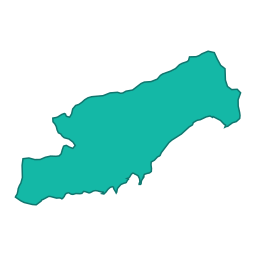 the Province of Mersin
{"feature_id": "TUR-2285", "entity_name": "Mersin", "entity_type": "Province", "adm_level": 1, "iso_a3": "TUR", "parent_name": "Turkey", "parent_adm1": "", "projection": "orthographic", "projection_center": [33.75, 36.714], "detail": "fine", "context": "isolated", "style": "filled", "palette": "teal", "viewbox_px": 256, "rotation_deg": 0, "n_neighbors": 0, "source": "natural_earth", "source_scale": "10m", "svg_char_len": 2553}
<svg xmlns="http://www.w3.org/2000/svg" viewBox="0 0 256 256"><path d="M227.8,126.3L227.5,126.3L226.1,126.6L224.9,127.2L225.1,126.7L225.5,124.9L224.2,124.3L220.5,120.4L213.1,116.6L212.6,117.4L210.0,116.0L206.2,116.9L200.3,119.7L197.6,120.2L196.6,120.6L193.9,122.2L193.3,122.6L192.5,124.8L192.0,125.2L189.3,126.8L181.4,134.0L171.8,140.1L169.0,142.5L161.4,152.5L160.6,154.2L160.2,155.3L159.4,156.0L157.5,156.9L154.4,160.2L151.2,162.0L151.0,164.9L151.5,168.5L151.3,171.5L149.5,172.9L146.8,173.5L144.3,174.4L143.4,176.8L143.9,176.6L144.2,176.3L143.9,177.0L142.3,179.3L141.5,180.7L141.2,182.3L141.1,183.6L140.6,184.4L139.1,184.4L139.1,183.7L139.9,181.7L139.5,178.6L138.1,175.8L136.2,174.6L134.9,174.1L133.8,173.3L132.7,173.1L131.3,174.2L129.7,176.9L128.8,177.9L127.3,178.4L128.0,178.6L128.3,178.8L128.5,179.2L127.5,180.1L126.2,182.5L125.1,183.0L124.2,183.1L121.1,184.4L120.5,184.9L117.8,188.0L117.3,189.1L116.7,192.2L116.2,193.0L115.9,192.3L113.7,188.7L113.4,187.2L112.5,186.7L111.3,187.0L110.0,187.5L107.9,189.4L105.9,192.1L103.9,194.0L102.0,193.6L103.2,192.9L103.2,192.1L101.1,191.9L97.3,190.8L95.5,190.6L93.5,190.9L90.3,192.6L89.0,192.9L85.5,191.7L83.6,191.4L81.9,193.4L79.9,193.7L75.9,193.5L73.2,194.3L72.2,194.3L71.1,194.1L69.2,193.0L68.2,192.8L66.2,193.4L65.0,194.8L64.2,196.5L62.9,198.1L62.0,198.8L61.6,198.8L61.3,198.5L60.5,198.1L59.3,197.9L56.5,198.1L50.5,196.5L48.7,196.4L42.9,199.5L41.8,199.9L41.1,201.1L36.2,204.8L32.3,204.5L24.2,202.5L20.8,200.8L15.4,197.1L15.7,196.3L17.1,194.2L17.8,191.5L18.2,188.7L19.4,185.7L20.9,183.0L22.4,177.6L22.1,165.3L23.0,158.7L28.9,158.0L34.8,159.6L40.2,159.5L45.3,157.3L50.6,156.1L56.1,156.3L59.1,155.9L61.2,153.8L62.3,149.8L63.6,146.2L64.9,145.7L66.3,145.4L69.4,147.1L72.8,148.4L75.2,145.5L73.0,142.1L69.0,139.0L64.2,137.7L62.3,136.1L60.7,133.9L58.4,132.8L57.1,129.9L56.3,126.6L54.9,124.0L53.0,121.8L52.8,118.1L56.2,117.5L57.7,117.0L61.7,114.5L64.3,113.5L65.5,114.1L65.7,114.9L66.4,116.3L69.6,117.2L71.6,113.9L72.7,109.0L75.6,105.5L78.9,104.4L81.9,102.3L84.8,99.7L88.0,97.8L91.7,96.7L103.0,95.7L110.1,92.9L117.5,92.3L120.6,93.3L122.8,93.0L126.0,91.2L132.6,90.0L141.1,83.5L144.3,82.1L151.1,81.6L157.3,79.1L160.4,75.4L162.8,73.9L170.6,71.1L175.5,68.6L179.5,64.7L182.2,63.3L186.9,61.7L188.5,60.5L189.5,56.9L196.2,56.7L199.2,55.6L201.9,53.8L208.1,51.2L214.3,52.6L217.3,59.2L220.7,65.4L225.0,68.7L225.4,80.1L227.5,86.5L231.7,89.6L237.2,89.3L240.6,92.8L238.1,99.8L238.2,106.1L239.6,112.4L240.0,115.5L239.7,118.5L236.3,121.6L232.6,122.7L227.9,126.1L227.8,126.3Z" fill="#14b8a6" stroke="#0f766e" stroke-width="1.5"/></svg>